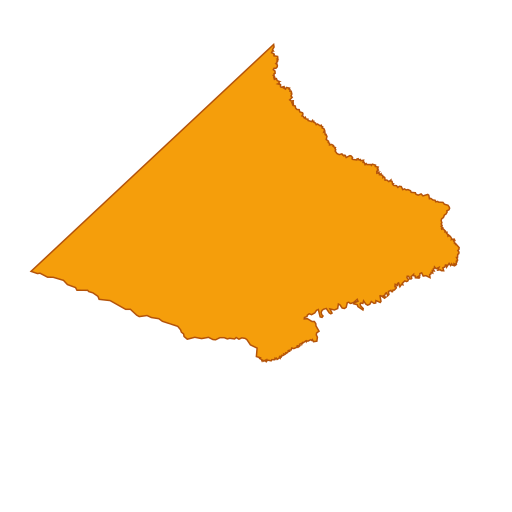 Puerto Gaitán, Meta, Colombia, rotated 227°
{"feature_id": "7082276B98813411003149", "entity_name": "Puerto Gaitán", "entity_type": "district", "adm_level": 2, "iso_a3": "COL", "parent_name": "Colombia", "parent_adm1": "Meta", "projection": "albers", "projection_center": [-71.987, 4.086], "detail": "fine", "context": "isolated", "style": "filled", "palette": "amber", "viewbox_px": 512, "rotation_deg": 227, "n_neighbors": 0, "source": "geoboundaries", "source_scale": "gbopen_adm2", "svg_char_len": 6164}
<svg xmlns="http://www.w3.org/2000/svg" viewBox="0 0 512 512"><g transform="rotate(227 256 256)"><path d="M137.2,327.0L139.7,328.7L138.9,331.2L137.6,330.8L136.8,331.5L137.6,332.9L136.7,334.0L137.0,336.9L138.1,337.5L138.8,336.7L140.4,338.5L137.9,339.4L139.4,340.8L139.1,342.0L135.4,340.3L136.0,343.1L134.8,343.8L136.3,344.6L136.3,347.9L134.7,348.6L134.2,349.9L134.8,351.4L137.2,351.6L138.1,352.8L137.1,353.8L134.2,352.9L133.4,353.9L133.5,354.8L135.1,355.3L135.1,358.7L134.2,357.8L132.7,358.8L131.4,357.7L128.6,360.2L128.9,361.2L130.5,360.3L130.0,362.5L131.4,363.9L130.7,365.7L127.3,364.6L125.7,366.9L121.5,368.5L124.0,370.3L123.6,371.7L124.5,372.9L123.0,373.6L125.1,375.0L123.6,376.1L125.6,376.7L125.4,377.9L126.3,379.1L123.8,379.1L122.9,382.0L121.7,379.3L120.3,381.3L118.9,381.5L117.2,383.2L119.9,384.6L119.1,386.7L120.2,388.4L119.4,389.1L117.9,388.0L118.9,392.2L116.3,391.8L116.8,393.7L115.7,393.3L113.4,394.5L113.3,395.3L114.5,394.6L115.4,395.6L113.3,396.1L113.3,397.0L114.2,397.3L114.7,399.1L115.6,399.0L115.5,400.7L118.1,401.6L117.4,402.3L119.6,404.6L119.4,405.9L120.4,407.1L122.4,407.3L122.4,408.8L123.6,410.3L127.7,410.4L128.3,409.8L128.9,410.5L130.1,409.9L130.6,410.6L132.4,410.8L132.9,411.6L132.1,412.1L133.2,412.5L134.7,410.2L134.9,410.9L137.8,411.5L139.5,410.8L139.6,410.0L140.3,410.5L139.9,411.2L142.5,410.8L143.1,411.9L144.8,410.6L145.2,411.5L148.4,411.4L148.9,410.1L149.7,410.5L149.5,411.9L151.5,411.7L151.4,412.9L153.2,413.3L153.5,414.6L155.6,415.5L156.6,417.2L156.3,419.3L157.5,421.8L157.1,423.6L157.8,425.7L158.9,426.4L158.2,428.6L158.9,430.2L160.1,430.7L162.2,431.0L165.4,429.1L167.7,429.3L170.9,426.2L172.0,426.1L173.1,424.4L174.6,425.0L176.3,423.6L179.0,423.1L179.6,421.9L182.6,423.8L183.9,423.6L186.1,419.1L188.8,419.1L189.9,416.1L192.1,415.1L193.6,415.7L196.7,412.9L198.4,413.5L201.0,412.4L201.9,410.9L203.9,410.3L204.4,408.6L207.7,409.6L209.2,408.4L209.4,406.5L211.6,406.7L213.6,404.9L215.1,404.8L215.2,405.7L215.9,405.2L217.8,406.4L218.8,405.7L219.6,406.5L219.8,403.9L222.3,403.5L223.4,402.1L225.6,403.7L227.0,403.4L226.9,402.4L228.7,403.6L229.8,402.7L230.9,403.6L231.3,401.9L231.8,402.4L233.0,402.0L233.2,402.9L234.1,400.8L235.4,401.9L234.9,403.5L235.9,403.3L236.1,404.6L237.1,404.3L237.7,406.0L240.1,404.3L240.9,405.4L243.8,403.7L243.6,402.2L244.5,402.4L247.2,399.5L248.5,399.6L248.4,398.1L250.9,399.0L251.5,398.2L252.7,400.0L254.2,397.7L255.4,398.1L255.8,396.9L257.5,397.1L258.1,395.9L257.5,395.2L260.7,392.6L261.6,392.5L262.2,393.8L264.4,393.8L265.4,393.1L266.5,389.1L268.6,389.9L269.2,388.7L269.7,389.2L270.7,388.2L272.1,388.5L273.4,386.0L275.7,385.1L278.8,385.5L279.3,386.8L280.9,387.1L281.1,388.0L283.5,387.2L283.9,388.0L286.0,387.4L287.1,385.5L288.3,386.7L289.7,386.2L290.4,387.3L293.3,386.8L295.2,389.6L296.9,389.6L297.1,390.1L297.7,389.5L300.2,391.3L300.5,390.3L301.3,392.0L302.9,392.5L304.5,391.7L305.2,392.9L306.0,392.3L307.2,392.9L307.6,391.7L310.6,391.0L311.0,389.6L312.6,390.2L314.2,389.5L315.0,390.1L315.3,389.4L316.6,389.9L316.4,388.3L319.6,386.5L320.7,387.3L321.9,386.0L323.9,386.7L323.9,385.4L326.3,385.8L327.1,385.2L327.8,387.2L329.0,387.7L331.6,386.3L333.6,387.4L335.2,385.9L337.1,385.8L338.9,387.0L340.5,386.0L341.6,386.9L341.5,386.0L343.7,386.9L343.1,387.7L344.1,389.1L345.5,387.4L347.2,387.1L347.4,390.7L349.1,390.7L350.1,392.8L351.0,392.7L351.4,393.6L352.7,394.1L353.5,393.2L354.5,394.3L355.6,394.0L355.9,395.0L358.5,393.2L357.9,391.4L360.0,390.8L359.7,391.6L360.8,392.1L362.1,389.6L363.1,389.4L364.6,390.8L367.0,389.3L366.4,390.9L368.0,391.5L367.7,392.1L369.8,391.1L371.8,391.9L372.6,389.9L373.8,390.5L373.2,391.0L374.4,391.2L374.2,391.7L376.0,391.8L375.6,392.2L377.0,393.5L376.6,394.6L378.3,396.0L380.5,395.7L381.0,397.2L379.7,398.5L379.9,400.6L381.0,401.8L382.9,401.8L382.5,402.4L383.6,403.1L383.5,404.3L384.4,404.5L384.4,405.9L385.8,405.7L385.6,406.7L387.2,407.9L390.2,405.7L390.8,406.3L391.0,405.7L390.9,406.7L391.7,407.0L394.1,406.0L394.8,407.9L394.1,408.5L395.7,408.9L396.5,411.7L398.7,413.2L398.2,81.0L392.2,84.2L390.7,86.3L382.7,89.1L378.7,93.2L369.5,98.6L363.7,98.6L356.0,102.5L353.1,101.7L345.7,109.5L344.1,109.4L340.3,111.6L334.3,112.9L331.3,111.7L322.9,118.9L305.9,124.3L302.7,127.8L294.1,128.4L291.3,129.3L286.8,135.7L282.4,137.5L276.4,142.2L272.1,143.0L257.9,150.8L253.4,150.5L251.3,149.5L248.4,149.9L246.2,148.5L242.0,149.0L238.3,155.8L232.7,159.9L228.9,165.8L224.3,167.5L222.3,169.3L220.9,173.9L217.9,177.1L214.9,178.5L213.7,180.7L209.9,183.8L209.9,185.9L206.8,186.8L205.8,189.8L203.1,191.9L200.9,192.3L194.8,191.3L187.9,194.0L182.2,187.7L178.6,189.8L178.5,188.8L176.7,189.4L174.9,188.8L175.1,189.9L173.7,190.0L173.5,191.7L172.5,191.4L172.7,192.8L171.8,192.1L172.0,193.4L169.0,195.6L169.4,196.9L167.4,198.9L168.2,200.2L167.4,200.2L167.3,201.2L166.0,200.9L165.5,203.3L166.0,204.1L164.9,204.1L166.0,205.3L164.9,205.6L165.7,207.3L164.9,207.6L164.5,209.5L165.2,209.7L164.3,210.2L164.2,211.6L164.9,211.9L163.8,213.1L164.2,214.5L163.6,215.3L164.7,215.3L163.3,217.8L164.3,219.4L162.5,220.5L161.4,223.6L161.9,224.4L161.2,224.4L161.9,225.3L161.2,225.9L160.4,225.5L160.4,227.1L161.7,227.7L161.0,229.6L160.2,229.3L161.0,230.9L160.4,231.0L159.9,234.7L159.1,234.4L159.4,235.2L158.3,235.9L157.4,239.0L156.2,239.2L156.4,240.2L154.1,239.6L152.2,242.4L154.7,245.5L157.2,246.3L158.4,247.9L158.0,250.8L164.0,252.2L165.8,253.6L168.3,254.0L169.9,252.3L175.1,250.8L177.1,248.4L178.0,249.5L176.9,252.0L177.7,253.1L177.5,255.5L175.2,256.6L174.3,260.2L175.0,263.2L174.4,265.1L167.7,261.4L166.1,262.4L166.4,264.1L168.4,264.1L170.3,265.2L171.2,267.2L171.0,269.1L169.7,271.6L164.4,270.8L162.7,271.3L162.4,272.7L166.9,274.0L163.1,276.5L161.9,279.9L164.7,283.5L163.0,284.1L159.2,283.5L157.3,284.9L157.0,287.0L159.6,290.9L158.9,292.3L157.0,292.6L156.3,293.6L155.4,295.9L155.3,300.5L153.3,299.7L154.7,296.3L154.3,294.9L151.3,296.8L149.5,296.0L143.6,297.4L144.4,298.6L148.0,298.5L149.9,299.4L150.1,300.6L148.4,301.8L149.9,304.1L146.0,303.5L143.9,304.1L143.1,306.3L144.1,309.3L140.9,310.0L140.0,311.5L141.6,313.3L137.3,315.2L137.6,316.5L142.3,319.5L141.9,320.2L137.5,321.2L137.3,323.1L138.8,321.9L140.1,322.0L139.5,323.3L140.4,325.4L140.0,326.4L137.1,325.2L137.2,327.0Z" fill="#f59e0b" stroke="#b45309" stroke-width="1.5"/></g></svg>